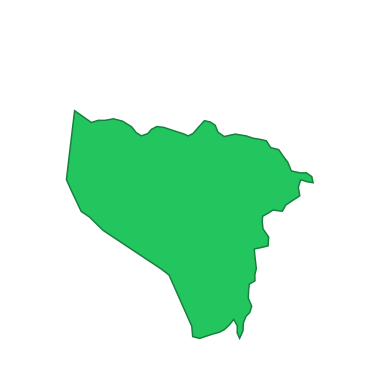 Malhador, Sergipe, Brazil, rotated 317°
{"feature_id": "56859067B70433157537378", "entity_name": "Malhador", "entity_type": "district", "adm_level": 2, "iso_a3": "BRA", "parent_name": "Brazil", "parent_adm1": "Sergipe", "projection": "robinson", "projection_center": [-37.277, -10.67], "detail": "fine", "context": "isolated", "style": "filled", "palette": "green", "viewbox_px": 384, "rotation_deg": 317, "n_neighbors": 0, "source": "geoboundaries", "source_scale": "gbopen_adm2", "svg_char_len": 1214}
<svg xmlns="http://www.w3.org/2000/svg" viewBox="0 0 384 384"><g transform="rotate(317 192 192)"><path d="M186.8,291.9L194.8,281.1L198.7,276.2L205.4,280.2L210.9,283.3L217.3,277.3L218.8,267.4L222.8,262.0L227.1,257.9L233.0,259.4L238.8,260.4L245.0,267.7L251.7,265.5L259.8,266.8L268.2,268.3L273.0,261.0L279.9,257.2L283.2,263.0L286.9,267.8L290.1,262.4L288.7,255.9L284.4,252.1L279.0,244.3L282.4,235.4L283.0,228.7L284.3,220.1L279.8,213.2L281.3,205.2L277.4,199.5L273.5,194.5L269.8,187.8L263.1,179.1L253.4,173.4L251.8,165.9L254.5,158.9L253.1,153.2L249.7,148.3L241.4,149.0L232.8,149.9L227.6,148.5L225.3,143.3L221.0,135.7L215.5,125.6L210.9,120.1L205.1,118.5L199.3,119.1L193.2,116.3L191.7,110.4L192.3,103.1L189.5,92.8L184.5,84.9L177.4,80.4L172.4,75.7L165.8,72.5L161.6,52.5L148.9,63.2L127.7,81.1L108.6,97.3L104.9,108.1L97.7,130.7L99.9,140.2L100.8,159.5L117.0,227.5L118.6,237.0L109.4,263.6L100.3,290.0L93.9,298.2L97.7,304.3L103.3,306.8L110.0,309.9L116.1,313.1L121.7,314.7L128.4,314.7L135.7,313.7L133.8,320.8L129.0,325.8L127.0,331.5L134.6,328.3L140.4,322.7L146.6,319.8L152.1,319.5L157.7,316.3L160.8,308.0L166.9,302.0L171.1,298.5L177.5,299.9L181.5,295.4L186.8,291.9Z" fill="#22c55e" stroke="#15803d" stroke-width="1.5"/></g></svg>